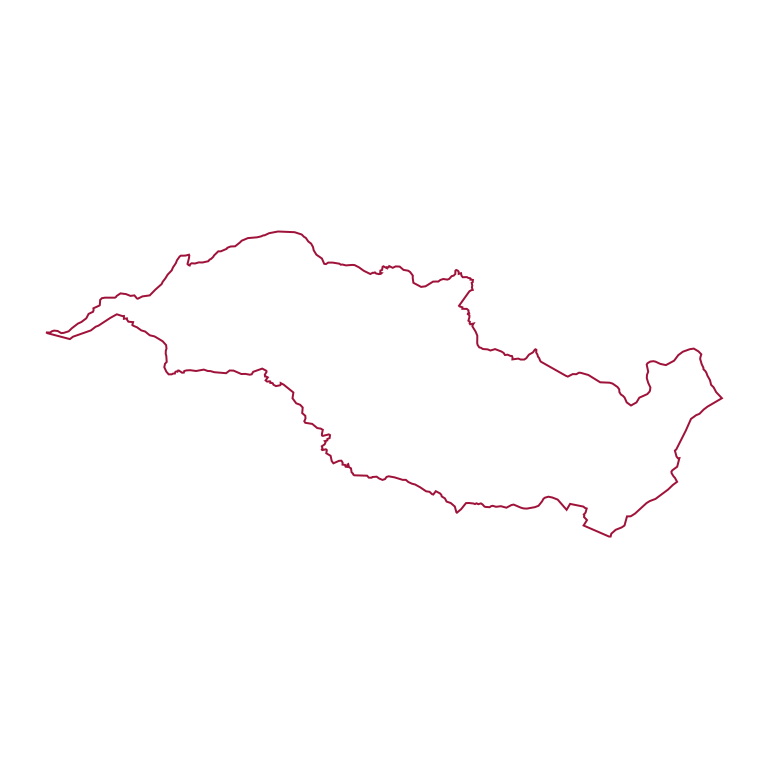 Ocolis, Alba, Romania (Natural Earth projection)
{"feature_id": "2599482B36023808601680", "entity_name": "Ocolis", "entity_type": "district", "adm_level": 2, "iso_a3": "ROU", "parent_name": "Romania", "parent_adm1": "Alba", "projection": "natural_earth1", "projection_center": [23.435, 46.493], "detail": "fine", "context": "isolated", "style": "outline", "palette": "rose", "viewbox_px": 768, "rotation_deg": 0, "n_neighbors": 0, "source": "geoboundaries", "source_scale": "gbopen_adm2", "svg_char_len": 6103}
<svg xmlns="http://www.w3.org/2000/svg" viewBox="0 0 768 768"><path d="M721.9,398.2L716.2,392.2L713.6,387.3L711.1,384.8L710.0,380.2L707.4,375.6L706.4,372.8L705.3,371.0L703.5,369.3L703.4,367.7L701.7,364.2L700.2,359.1L700.4,357.2L701.3,354.3L698.5,351.4L693.8,348.6L689.8,349.2L682.9,351.7L678.3,355.1L674.1,360.7L665.9,365.1L660.3,363.9L655.4,361.6L653.4,361.2L650.2,361.6L647.4,363.3L646.7,364.6L648.2,371.7L647.0,374.8L646.8,378.1L648.2,382.8L650.4,387.5L650.0,390.5L649.5,391.7L647.3,394.1L639.3,397.7L636.5,402.4L631.0,405.5L626.7,402.4L624.6,397.6L623.0,395.9L620.9,394.5L619.4,392.1L619.2,389.3L617.5,387.0L612.6,383.6L609.7,382.7L600.2,382.3L588.4,375.0L580.7,372.8L579.0,372.7L576.3,374.2L572.7,374.1L567.8,376.6L565.7,375.7L540.9,361.7L540.1,360.6L539.1,358.0L538.0,356.7L537.4,354.5L536.2,352.5L536.4,349.9L535.6,349.3L534.9,349.6L532.9,352.4L528.9,354.7L526.3,358.2L524.3,359.5L520.6,359.5L518.2,358.6L512.4,359.4L512.5,357.3L511.9,356.0L510.3,355.9L507.7,354.7L504.9,355.0L503.7,353.0L501.6,351.6L495.1,349.1L490.4,350.5L487.7,349.4L482.8,349.0L481.0,347.8L479.3,347.4L477.6,344.9L477.2,343.1L477.3,335.7L475.6,331.6L472.4,326.4L472.5,325.4L473.6,323.5L470.2,324.3L469.6,323.4L469.9,321.8L468.4,320.7L469.4,317.3L469.4,315.3L467.8,314.1L468.0,313.5L469.1,313.1L468.5,311.6L468.5,310.4L466.8,308.9L462.3,308.8L462.4,307.3L459.5,306.4L459.0,305.8L469.4,291.3L471.7,290.0L472.7,289.9L471.9,287.4L472.3,285.6L471.7,282.8L472.7,282.2L472.9,279.9L470.5,279.6L470.7,278.8L470.3,278.3L468.3,277.9L466.9,277.1L462.7,277.2L461.5,275.7L461.0,273.2L458.7,273.9L458.6,271.6L457.7,270.6L456.2,270.0L455.4,270.7L455.3,274.0L453.7,275.6L451.6,276.2L449.2,278.9L447.4,279.6L443.2,279.0L440.3,280.0L438.4,281.5L433.1,281.6L425.5,286.3L421.1,286.9L413.4,282.8L412.7,277.9L412.8,275.6L410.1,272.0L408.2,270.7L403.5,269.9L399.7,266.6L395.7,266.4L392.7,267.8L389.2,266.1L388.5,267.4L387.0,267.2L386.9,268.2L383.4,266.3L382.6,266.8L382.1,269.9L380.4,270.6L380.2,272.8L381.6,273.1L380.7,273.9L378.8,274.1L376.1,273.5L374.9,272.4L373.9,272.9L372.9,272.7L370.3,274.0L363.8,270.8L358.9,267.3L354.6,265.1L352.3,264.9L346.0,265.4L342.3,264.5L340.8,264.7L339.4,263.7L332.7,262.6L328.2,262.6L325.9,264.1L324.2,263.8L321.9,258.5L316.4,254.7L313.7,250.3L313.0,247.0L311.1,243.6L308.3,241.5L305.8,237.9L304.1,236.9L301.7,234.5L294.6,232.2L278.0,231.5L269.1,233.2L264.6,235.3L263.3,235.4L261.0,236.4L257.1,237.3L247.9,238.1L241.7,240.7L239.8,242.6L235.1,246.3L230.6,246.5L227.3,247.8L226.7,248.8L220.9,251.3L218.3,251.3L213.9,255.6L213.4,256.7L211.1,258.9L209.6,259.6L208.3,261.2L202.5,262.5L198.8,262.4L195.0,263.5L191.6,263.3L190.3,264.1L189.7,265.5L188.6,265.1L187.5,264.0L189.0,258.0L189.3,255.5L189.0,254.7L185.4,255.6L180.7,255.7L179.5,256.7L176.9,260.4L175.9,263.1L173.0,267.4L171.7,270.4L167.6,274.7L165.4,278.3L162.7,281.8L161.6,284.1L155.4,289.6L149.7,295.4L142.4,296.4L137.8,298.7L136.9,298.4L134.4,295.4L130.5,295.9L126.0,294.1L120.5,293.4L116.6,296.0L116.1,296.9L114.9,297.7L104.7,297.7L101.9,298.2L100.2,299.9L99.8,305.1L99.5,305.5L93.4,308.3L93.6,310.2L93.0,311.8L88.6,313.9L86.3,318.3L81.4,322.0L77.9,323.6L71.9,328.2L68.7,331.3L63.6,332.9L61.2,333.1L57.7,331.0L54.1,330.6L52.1,331.2L50.0,332.6L46.1,332.4L47.5,333.2L69.9,339.1L73.0,336.7L90.9,330.4L95.7,326.7L98.4,325.7L110.3,317.9L116.8,314.3L122.5,316.1L123.9,316.0L123.9,318.8L126.9,318.4L127.0,319.6L128.4,321.7L133.1,322.1L132.3,325.0L133.2,325.7L137.0,327.3L141.3,330.4L145.1,331.5L149.8,335.3L154.5,336.4L158.6,338.8L162.7,341.3L166.1,345.1L166.5,348.5L165.8,350.8L165.7,353.9L166.3,355.9L166.7,361.9L165.0,363.8L164.3,367.2L166.3,371.6L168.6,374.3L171.8,374.3L173.0,373.6L174.9,373.5L175.2,372.2L175.7,371.7L176.5,371.4L177.5,371.7L178.1,370.5L178.8,370.5L182.1,372.7L183.8,372.6L184.3,371.0L186.5,370.4L190.2,370.2L196.1,371.0L203.8,369.6L207.8,371.0L210.5,371.1L214.3,372.2L226.1,373.2L229.6,370.5L233.5,370.6L241.3,374.0L245.4,373.9L249.7,374.7L251.7,374.3L253.2,371.8L262.2,368.6L266.0,370.6L266.5,371.1L266.5,372.0L264.8,374.7L265.1,376.5L266.3,376.6L267.8,377.4L265.6,380.4L266.1,380.8L267.1,381.6L269.9,381.3L270.3,381.5L270.3,382.9L272.6,383.1L273.5,384.8L276.0,386.1L280.0,385.3L280.7,384.6L280.7,383.1L283.6,384.6L293.4,392.5L292.5,398.3L296.2,403.3L300.2,404.8L302.7,407.5L302.2,413.1L305.3,415.8L305.5,418.5L304.3,421.3L305.3,422.8L312.2,423.9L317.3,428.1L320.7,428.6L322.8,429.8L321.9,434.0L322.0,435.5L322.8,435.9L328.8,434.4L330.0,435.1L329.6,438.1L327.4,439.0L327.3,440.4L324.8,441.1L325.6,442.1L324.7,444.3L321.8,446.3L322.5,448.4L321.8,449.5L322.3,450.1L325.9,449.3L326.8,450.1L326.3,453.3L330.6,455.8L331.7,461.0L333.4,463.3L339.1,460.8L341.4,460.7L342.6,462.5L342.5,464.6L345.0,464.9L345.6,466.7L347.2,466.9L347.4,464.6L348.2,464.1L349.0,467.1L351.0,468.4L351.6,472.3L353.1,473.7L353.2,474.5L354.2,475.3L367.1,475.7L368.8,477.6L370.2,477.7L371.7,477.7L372.4,477.0L376.7,476.7L379.3,478.6L382.5,479.9L385.0,479.1L386.6,476.9L388.7,476.3L394.7,477.4L402.8,479.9L405.9,479.9L408.3,482.0L412.0,483.7L415.1,484.5L420.2,487.3L426.1,491.3L429.5,491.8L432.1,494.2L433.3,494.5L435.8,491.2L440.0,493.4L441.3,494.8L441.7,496.4L444.9,498.4L446.6,501.6L450.7,503.0L454.8,506.5L456.4,512.3L456.9,512.7L461.1,509.2L466.0,503.1L468.9,503.0L473.5,503.5L475.0,504.1L476.5,503.3L478.3,504.2L480.9,503.4L482.5,504.4L484.4,506.5L485.3,506.9L489.7,507.2L491.0,506.2L492.7,505.8L496.0,506.8L500.9,506.2L506.4,507.7L511.5,505.0L513.7,504.6L520.7,507.6L523.4,508.4L526.8,508.6L534.7,507.2L538.5,505.8L542.1,501.3L543.4,498.9L544.9,497.7L548.4,496.7L552.3,497.5L557.7,499.6L566.6,509.8L570.1,503.9L583.4,506.6L584.9,507.9L586.7,508.5L585.5,512.7L583.8,514.5L584.3,515.2L584.0,517.0L587.0,520.1L583.6,525.5L608.9,536.5L610.6,536.5L611.3,533.7L615.7,529.8L621.7,527.4L624.5,525.5L627.0,516.4L630.7,516.3L635.0,513.6L646.5,503.1L649.7,501.1L655.5,498.9L668.0,489.6L672.8,485.0L677.1,481.8L674.9,477.8L673.5,476.3L671.6,473.2L671.4,471.7L672.3,470.3L677.2,466.7L679.4,458.1L677.9,458.3L676.5,456.5L674.9,450.6L676.3,449.4L685.9,430.4L691.0,418.9L696.1,415.2L699.5,413.8L703.6,409.6L707.4,406.7L721.9,398.2Z" fill="none" stroke="#9f1239" stroke-width="2"/></svg>